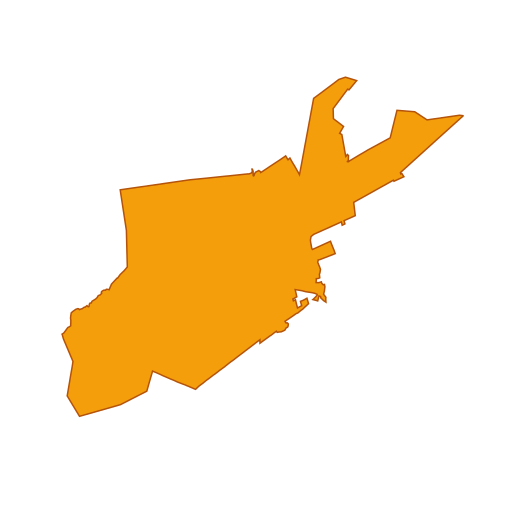 Vicente Guerrero, Durango, Mexico (Equal Earth projection), rotated 192°
{"feature_id": "50627088B72339914666987", "entity_name": "Vicente Guerrero", "entity_type": "district", "adm_level": 2, "iso_a3": "MEX", "parent_name": "Mexico", "parent_adm1": "Durango", "projection": "equal_earth", "projection_center": [-103.968, 23.727], "detail": "fine", "context": "isolated", "style": "filled", "palette": "amber", "viewbox_px": 512, "rotation_deg": 192, "n_neighbors": 0, "source": "geoboundaries", "source_scale": "gbopen_adm2", "svg_char_len": 5106}
<svg xmlns="http://www.w3.org/2000/svg" viewBox="0 0 512 512"><g transform="rotate(192 256 256)"><path d="M402.6,292.5L388.1,254.1L379.6,218.5L381.8,214.4L385.0,209.6L385.2,209.2L386.7,205.7L386.8,205.6L387.1,205.6L387.4,205.2L387.5,205.2L387.9,204.4L388.1,204.2L388.8,203.0L391.6,198.3L391.6,198.1L391.9,196.2L392.0,196.0L392.6,192.9L392.6,192.5L393.7,192.5L394.8,192.5L395.5,192.3L396.0,191.3L397.6,191.0L398.5,190.3L399.3,189.5L399.7,188.9L399.7,188.1L399.2,187.5L399.7,186.6L400.4,185.5L401.7,184.7L402.4,183.8L402.5,183.0L402.9,182.0L404.0,180.5L406.1,178.5L407.0,177.6L407.4,175.8L408.6,175.4L409.0,174.3L408.9,172.9L408.9,171.8L409.5,171.5L410.0,171.6L411.0,172.3L411.2,172.1L412.6,170.3L413.2,170.3L413.9,169.7L414.9,168.4L416.1,167.8L417.6,166.8L418.4,167.5L419.3,167.5L421.3,166.3L422.4,165.0L423.3,164.1L424.9,162.0L424.8,159.6L424.5,156.6L423.8,154.8L423.3,152.4L423.0,150.5L422.7,149.2L423.8,148.0L425.2,146.9L426.5,144.0L428.0,140.7L429.4,139.3L429.2,139.2L429.0,138.5L427.2,135.0L413.1,114.8L412.8,109.5L412.4,98.8L412.2,94.5L411.6,79.9L395.3,62.5L357.7,82.4L348.5,89.9L334.7,101.1L334.2,108.9L333.7,115.8L333.4,119.8L333.3,121.9L329.0,121.1L325.1,120.3L321.9,119.5L319.8,119.1L315.8,118.3L315.2,118.2L314.6,118.0L313.3,117.8L311.0,117.4L309.5,117.1L308.2,116.8L307.2,116.5L306.9,116.5L306.1,116.3L305.3,116.2L304.5,116.1L302.8,115.8L302.5,115.8L302.1,115.7L300.9,115.5L298.7,115.2L297.6,115.0L296.4,114.7L296.1,114.7L294.3,114.4L293.6,114.2L293.3,114.2L293.1,114.1L292.9,114.1L289.8,113.5L289.6,113.4L287.4,113.0L285.9,115.2L285.3,116.1L284.7,116.9L283.1,118.8L282.7,119.2L281.4,120.6L280.6,121.7L279.8,122.7L278.3,124.5L276.9,126.0L276.4,126.6L275.1,128.1L273.6,129.9L273.2,130.4L272.9,130.7L271.8,131.8L270.7,133.1L270.1,133.9L269.9,134.0L268.4,135.8L267.9,136.5L266.9,137.5L265.5,139.1L263.7,141.1L262.2,143.0L261.9,143.3L260.9,144.6L259.1,146.7L258.8,147.1L256.9,149.1L256.1,150.0L255.3,151.0L253.7,152.9L253.6,153.0L253.1,153.6L252.0,154.9L234.8,174.9L234.0,171.5L229.8,176.2L227.0,179.3L226.6,179.8L226.0,180.5L224.9,181.5L223.5,183.1L222.8,184.0L220.4,186.7L219.4,185.7L217.8,186.4L215.5,187.1L212.4,189.4L211.6,191.8L211.2,192.3L210.5,192.8L210.2,193.2L210.1,193.5L210.1,194.0L210.1,194.5L210.1,195.2L210.1,195.4L210.3,196.2L210.4,196.4L210.7,196.6L211.2,197.0L211.5,197.1L211.8,197.1L212.3,196.8L212.6,196.8L212.8,196.8L213.2,197.0L213.3,197.2L213.4,197.4L213.4,197.6L213.6,197.8L213.7,198.0L213.8,198.2L214.0,198.3L213.9,198.4L213.8,198.5L211.8,200.5L209.7,202.7L207.3,205.2L205.3,207.4L204.8,207.9L204.5,208.2L203.3,208.9L200.6,212.3L199.3,213.6L197.7,216.1L197.1,216.8L196.8,217.3L194.7,220.3L195.5,221.8L196.0,222.7L197.4,225.3L199.2,223.7L200.9,222.3L203.1,220.9L201.0,216.9L204.6,213.8L206.5,217.6L208.3,221.4L210.1,219.9L211.0,221.6L209.9,222.5L207.6,224.6L210.7,231.3L203.7,231.6L200.2,231.4L196.7,231.6L193.3,231.8L190.7,231.7L189.6,231.5L188.2,231.2L188.1,230.2L189.5,227.9L190.6,226.2L191.3,225.2L189.2,225.1L187.2,225.0L186.3,224.9L186.1,230.0L184.4,229.8L184.0,228.5L180.6,226.4L178.0,225.4L178.5,227.2L178.8,228.4L179.1,230.2L181.9,232.6L181.9,234.4L181.8,235.8L182.2,240.3L183.1,242.4L184.1,241.8L186.0,242.9L186.7,244.3L189.0,243.0L191.7,242.5L192.3,246.4L191.5,246.6L191.3,246.6L190.3,247.1L190.0,247.3L189.1,247.9L190.2,251.3L190.0,252.6L190.1,256.2L190.7,257.2L191.9,259.2L192.6,260.0L193.2,261.1L194.0,262.2L194.4,262.8L194.4,263.2L194.3,263.6L194.3,264.5L194.4,265.0L192.7,265.8L179.0,274.8L181.1,278.2L184.5,283.2L186.2,285.9L202.2,274.1L203.0,275.0L205.3,280.5L206.1,282.8L206.2,286.5L205.0,288.0L203.9,289.3L185.3,302.9L179.6,307.1L178.1,304.0L175.7,305.9L177.2,308.9L167.3,316.1L171.6,328.8L171.1,329.2L168.5,331.5L147.8,349.6L137.4,358.7L136.6,357.8L127.8,364.3L130.5,367.0L131.5,366.4L132.1,367.6L102.0,409.3L82.6,436.0L82.7,436.3L86.2,436.0L117.0,424.7L130.7,430.1L148.4,427.8L148.9,412.9L149.3,399.5L168.5,383.1L170.5,381.2L175.8,376.4L184.6,368.2L184.7,367.8L185.0,367.5L186.2,367.3L186.3,367.5L185.5,368.3L186.4,373.5L187.8,374.3L187.9,373.9L188.4,372.8L188.9,372.0L197.3,392.7L199.7,393.4L197.3,400.9L208.8,406.4L211.2,416.2L201.0,438.3L199.6,437.8L194.0,448.5L205.7,449.5L211.7,445.9L218.6,437.9L228.4,426.7L230.7,424.1L231.2,423.5L232.4,422.2L230.6,355.5L230.4,346.1L230.4,344.6L231.3,345.7L237.2,352.3L239.3,354.5L241.2,356.6L243.2,358.9L244.7,356.8L246.7,358.9L247.8,360.1L248.4,359.4L252.7,354.9L261.1,346.4L263.4,344.0L268.7,338.6L269.2,339.3L269.7,339.7L270.3,339.8L271.0,340.2L273.2,338.4L273.4,338.4L273.6,338.1L273.9,337.6L274.2,337.1L274.4,336.3L274.6,335.5L274.6,335.2L274.6,334.8L274.7,334.6L274.7,334.2L274.8,334.1L275.1,333.8L275.3,333.9L275.5,334.1L275.6,334.4L275.6,334.6L275.7,334.9L275.7,335.1L275.8,335.6L275.9,335.8L276.0,336.2L276.0,336.4L276.1,336.7L276.1,336.8L276.3,337.4L276.3,337.7L276.4,338.1L276.5,338.5L276.9,338.8L277.0,339.1L277.1,339.5L278.4,340.7L277.6,339.3L277.2,337.6L277.2,336.8L277.7,336.7L277.9,336.1L280.0,334.8L281.1,334.6L283.2,333.9L283.6,333.8L289.4,331.9L300.2,328.4L301.9,327.9L320.1,322.0L336.5,316.8L382.2,300.0L395.3,295.2L402.6,292.5Z" fill="#f59e0b" stroke="#b45309" stroke-width="1.5"/></g></svg>